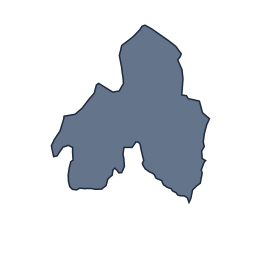 Mbam-et-Inoubou, Centre, Cameroon (Robinson projection), rotated 340°
{"feature_id": "32672807B45233775776188", "entity_name": "Mbam-et-Inoubou", "entity_type": "district", "adm_level": 2, "iso_a3": "CMR", "parent_name": "Cameroon", "parent_adm1": "Centre", "projection": "robinson", "projection_center": [10.919, 4.718], "detail": "fine", "context": "isolated", "style": "filled", "palette": "slate", "viewbox_px": 256, "rotation_deg": 340, "n_neighbors": 0, "source": "geoboundaries", "source_scale": "gbopen_adm2", "svg_char_len": 1690}
<svg xmlns="http://www.w3.org/2000/svg" viewBox="0 0 256 256"><g transform="rotate(340 128 128)"><path d="M189.8,185.2L187.3,182.1L189.4,174.7L193.3,171.6L193.9,166.9L197.8,159.5L198.5,158.4L202.8,152.2L203.2,151.8L207.7,147.1L203.2,139.1L204.3,127.2L199.3,123.9L194.7,121.1L193.9,117.6L189.8,115.3L196.4,100.8L196.6,100.1L198.7,91.6L198.0,80.9L201.3,79.0L201.8,78.5L203.4,76.4L200.8,67.6L195.8,59.6L195.3,58.9L184.7,43.8L184.2,43.0L179.1,37.2L176.0,37.2L173.5,39.1L172.7,39.7L164.2,43.9L158.5,45.8L157.8,46.0L150.4,48.3L148.7,50.7L147.8,52.2L146.0,54.9L144.7,56.8L142.8,68.5L141.3,75.0L140.7,78.4L139.0,84.6L132.4,90.2L126.0,89.1L122.1,84.2L115.7,76.0L113.1,76.7L108.1,83.8L101.4,87.5L91.6,93.7L83.1,97.0L76.5,95.9L72.0,95.0L70.3,98.2L69.9,98.6L63.1,107.6L55.1,113.4L49.9,118.5L48.3,129.5L51.6,130.0L60.2,123.8L66.0,123.9L69.3,127.4L67.7,131.6L65.4,139.4L62.7,140.1L59.3,145.1L55.7,151.7L53.8,157.8L53.2,163.2L53.6,164.0L54.7,166.6L58.6,168.6L62.2,168.0L67.0,170.4L68.9,170.8L71.1,171.7L73.1,172.4L75.7,174.1L76.3,174.4L82.3,176.4L87.7,174.6L91.4,169.3L94.3,167.9L94.8,167.7L97.0,167.0L99.4,162.4L101.9,161.2L103.1,163.9L104.1,167.1L106.8,167.8L111.5,162.9L113.7,155.0L114.3,151.0L117.5,144.9L121.9,146.4L125.2,147.7L130.7,143.8L133.0,145.0L133.8,147.2L132.9,153.1L131.6,164.1L129.4,166.1L129.3,167.9L130.2,172.3L133.1,176.5L135.3,178.6L136.6,180.5L137.3,184.9L139.6,187.1L141.6,188.8L141.9,193.4L144.4,197.0L147.7,199.8L148.3,202.3L149.4,203.5L151.2,205.5L151.7,207.8L153.5,209.3L157.6,211.1L159.9,213.7L159.9,218.8L163.0,215.6L167.5,208.3L172.9,205.8L177.0,204.6L179.1,201.1L182.2,195.9L182.6,192.4L187.9,186.1L189.8,185.2Z" fill="#64748b" stroke="#1e293b" stroke-width="1.5"/></g></svg>